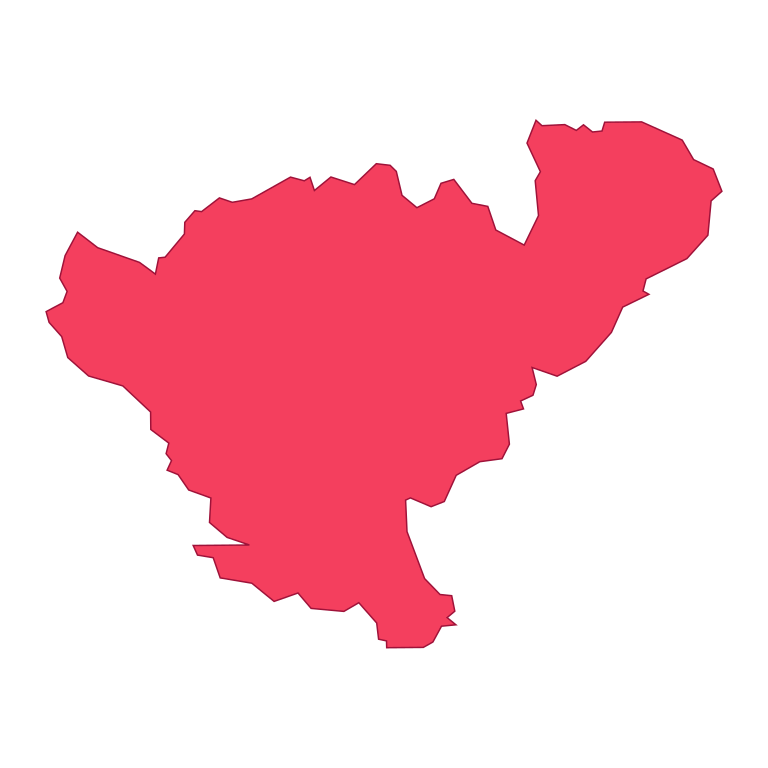 Probishtip, Probištip, North Macedonia
{"feature_id": "65306769B77105819408507", "entity_name": "Probishtip", "entity_type": "district", "adm_level": 2, "iso_a3": "MKD", "parent_name": "North Macedonia", "parent_adm1": "Probištip", "projection": "robinson", "projection_center": [22.188, 41.964], "detail": "fine", "context": "isolated", "style": "filled", "palette": "rose", "viewbox_px": 768, "rotation_deg": 0, "n_neighbors": 0, "source": "geoboundaries", "source_scale": "gbopen_adm2", "svg_char_len": 1549}
<svg xmlns="http://www.w3.org/2000/svg" viewBox="0 0 768 768"><path d="M220.2,577.9L251.8,583.2L274.1,601.4L298.0,593.0L311.1,608.4L343.9,611.4L358.8,602.7L376.7,623.0L378.6,639.2L386.5,640.9L386.7,647.7L423.3,647.4L432.9,642.0L441.5,626.2L455.9,624.8L447.1,617.6L454.8,611.2L451.7,595.7L440.0,594.5L424.6,578.6L407.0,531.6L405.6,500.1L410.4,497.9L431.1,506.7L444.3,501.5L456.2,475.3L479.8,461.7L502.0,458.7L509.4,444.2L506.2,413.4L523.5,408.9L520.6,401.0L533.0,395.2L536.3,384.6L532.1,367.5L557.1,376.2L585.8,361.3L611.4,332.4L622.7,307.1L648.9,294.3L643.0,291.0L646.1,278.9L686.9,258.6L707.9,235.2L711.1,200.9L721.9,191.3L713.2,169.0L693.6,159.6L682.2,140.1L641.7,121.9L604.7,122.2L602.0,131.0L592.5,132.0L583.5,124.8L576.3,130.4L564.8,124.6L542.0,125.7L536.0,120.3L527.0,143.1L540.4,171.7L535.2,180.7L538.5,215.6L524.2,245.1L495.8,230.0L487.8,206.4L471.9,203.3L453.8,179.4L441.0,183.3L434.3,198.8L416.9,207.7L402.0,195.3L396.3,171.4L390.1,165.3L376.3,163.7L354.5,184.6L330.9,177.0L314.4,190.5L310.0,177.3L304.3,180.8L290.5,177.1L251.7,198.9L232.3,202.3L219.4,197.9L201.6,211.6L194.9,210.7L184.8,222.3L184.4,234.0L165.1,257.2L158.7,257.9L155.4,274.1L139.5,262.4L97.7,247.7L77.6,232.2L65.1,255.6L59.7,278.1L67.1,291.4L62.9,302.7L46.1,311.6L49.1,322.4L61.7,336.6L67.8,357.6L88.6,376.0L122.8,385.9L150.6,412.0L150.8,429.5L168.8,443.1L166.1,453.7L171.5,460.6L167.1,470.2L178.1,474.6L188.7,490.0L210.9,498.0L209.5,522.5L227.1,537.4L249.4,545.0L193.2,545.5L197.5,555.1L213.2,557.7L220.2,577.9Z" fill="#f43f5e" stroke="#9f1239" stroke-width="1.5"/></svg>